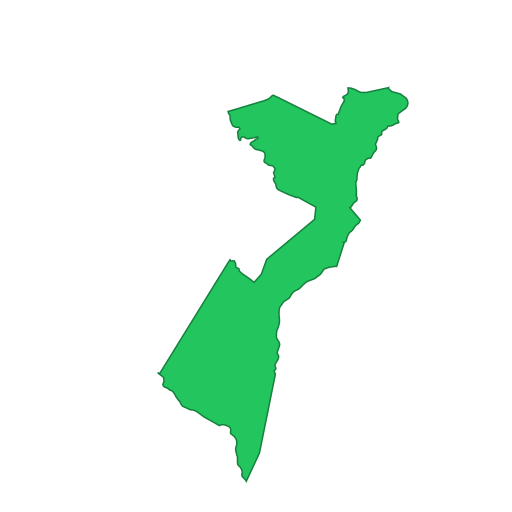 Bois Joli, Dennery, Saint Lucia, rotated 295°
{"feature_id": "8701671B16318499791123", "entity_name": "Bois Joli", "entity_type": "district", "adm_level": 2, "iso_a3": "LCA", "parent_name": "Saint Lucia", "parent_adm1": "Dennery", "projection": "natural_earth1", "projection_center": [-60.911, 13.922], "detail": "fine", "context": "isolated", "style": "filled", "palette": "green", "viewbox_px": 512, "rotation_deg": 295, "n_neighbors": 0, "source": "geoboundaries", "source_scale": "gbopen_adm2", "svg_char_len": 6070}
<svg xmlns="http://www.w3.org/2000/svg" viewBox="0 0 512 512"><g transform="rotate(295 256 256)"><path d="M463.9,318.4L462.4,309.6L464.0,304.5L464.3,304.6L450.8,286.8L448.5,281.7L448.5,280.0L448.7,275.1L448.3,271.2L447.2,268.3L443.5,270.5L441.2,270.3L439.3,269.2L437.5,267.7L436.2,267.7L436.0,269.2L433.5,270.7L433.0,270.3L427.0,269.9L423.0,270.3L419.1,270.5L418.5,269.4L417.0,269.2L412.0,270.7L410.1,272.5L407.5,269.0L407.6,265.7L409.0,209.3L409.0,203.6L408.1,202.9L407.2,202.5L405.2,201.8L404.1,201.2L402.9,200.3L400.0,197.6L397.6,194.8L393.9,190.7L389.8,186.0L387.1,183.1L385.6,181.3L381.2,176.5L375.2,169.6L374.6,170.2L374.1,170.5L373.8,170.7L373.5,171.1L373.1,171.9L373.0,172.3L372.4,172.9L371.6,173.5L371.2,173.6L370.6,173.9L369.9,174.4L369.3,174.7L367.7,175.8L366.2,177.6L365.0,178.8L364.7,179.2L364.4,179.8L364.0,180.7L364.0,181.5L364.3,183.6L364.8,184.8L365.2,185.6L365.3,186.1L365.3,186.3L364.8,187.4L364.5,187.7L364.1,187.7L362.4,187.1L361.4,186.9L361.1,186.9L360.6,187.0L359.3,187.7L358.4,188.3L357.1,189.1L356.7,189.3L355.2,190.3L354.8,190.6L354.5,191.1L354.1,192.0L354.0,192.7L354.3,193.0L354.6,193.0L356.0,192.5L356.8,192.5L357.6,192.8L358.3,193.4L358.8,194.8L358.5,196.4L358.5,197.8L359.0,199.5L364.6,207.2L364.5,207.4L364.2,207.7L363.7,208.0L363.1,207.9L362.8,207.8L362.5,207.4L362.1,206.8L361.7,206.5L359.5,205.5L359.1,205.3L358.6,204.8L357.1,203.8L356.4,203.5L355.3,203.4L354.9,203.5L354.7,203.6L354.4,203.9L354.3,204.4L354.5,205.1L354.5,205.4L353.8,206.4L352.9,208.4L352.6,210.1L352.6,211.4L353.2,213.4L353.8,217.7L353.7,218.2L353.6,219.0L353.2,220.0L352.7,220.7L352.3,221.1L351.9,221.3L350.9,221.6L350.0,222.3L349.4,222.5L348.8,222.6L347.5,222.7L346.8,222.8L346.2,222.9L345.2,223.3L344.8,223.7L344.5,224.3L344.4,224.8L344.4,225.8L344.5,226.2L344.4,226.6L343.8,228.1L343.7,228.6L343.9,230.1L344.2,231.0L344.7,232.7L344.7,233.4L344.6,233.8L343.7,235.3L343.5,235.8L343.5,236.1L342.1,236.7L338.8,236.7L335.6,240.0L333.8,239.0L331.7,240.2L329.7,243.4L327.5,244.9L326.1,246.3L325.4,248.8L325.4,259.3L326.1,268.1L327.0,269.2L325.6,289.6L314.0,293.6L282.1,278.6L257.6,267.1L241.7,268.5L231.3,265.4L231.5,264.4L232.1,262.3L232.8,258.9L234.1,251.1L235.3,247.2L237.2,246.0L237.3,242.6L237.9,242.1L240.4,240.8L242.4,238.5L241.8,237.0L241.0,235.7L241.0,234.2L241.6,234.0L241.5,233.9L109.0,218.4L108.7,216.2L108.3,217.5L107.3,222.0L106.8,223.5L104.8,225.0L102.5,225.7L100.3,225.8L99.2,226.8L98.7,228.1L98.7,230.1L98.8,231.6L98.2,233.8L98.1,235.6L98.3,236.7L98.0,237.9L97.2,239.3L96.4,240.9L95.4,242.0L94.5,243.2L93.4,245.1L92.3,247.1L91.7,248.9L90.8,249.7L89.7,251.1L88.9,252.8L88.8,254.4L88.9,256.2L88.9,258.7L88.8,260.8L89.2,262.5L89.9,264.3L90.0,266.3L89.9,268.3L89.4,271.1L88.8,273.8L88.4,275.7L88.1,277.9L86.8,294.5L88.3,295.8L89.1,297.3L89.6,298.4L89.9,301.4L89.9,304.0L89.2,305.5L87.4,306.8L85.3,307.4L84.3,308.2L83.9,309.7L83.2,312.8L81.3,315.7L78.8,317.5L77.1,318.2L73.3,318.8L71.7,319.5L69.2,321.3L67.6,322.6L66.1,324.1L61.1,326.4L59.2,327.7L58.7,328.8L58.0,330.9L56.4,333.2L54.7,334.6L53.6,335.1L51.9,335.5L51.1,336.0L50.1,337.1L49.5,339.0L48.8,340.6L48.3,341.6L47.7,342.4L78.9,342.4L157.1,323.5L159.4,321.1L159.7,321.0L159.8,321.0L161.6,321.7L161.9,321.7L162.1,321.7L162.5,321.5L163.1,321.0L164.5,319.6L165.0,319.4L165.6,319.2L166.8,319.1L167.3,319.1L169.4,319.5L170.4,319.5L170.6,319.6L172.2,319.6L173.2,319.4L174.3,319.1L175.1,318.6L175.6,318.0L176.1,317.2L176.9,316.3L177.2,316.2L178.2,315.9L179.4,315.7L182.0,315.5L184.5,315.2L185.9,314.8L186.6,314.3L187.3,313.7L187.7,313.2L189.0,311.3L190.2,309.6L191.0,308.8L191.8,308.4L195.2,307.0L196.2,306.7L197.3,306.4L197.8,306.4L200.5,306.3L202.4,306.0L204.6,305.6L206.2,305.1L207.1,304.7L208.0,304.3L209.8,303.3L211.9,302.0L212.9,301.5L215.1,300.5L216.6,299.9L218.3,299.4L219.1,299.3L219.6,299.3L220.0,299.2L220.4,299.2L222.1,299.7L225.5,300.2L226.1,300.4L227.0,300.8L229.9,302.7L231.0,303.4L232.1,303.9L235.8,304.4L236.7,304.4L238.5,304.9L239.2,305.1L240.1,305.6L240.4,305.8L240.7,306.0L242.2,307.1L243.6,308.4L244.5,308.9L246.1,309.6L248.1,310.3L249.6,310.8L252.8,312.2L254.0,312.9L256.0,314.5L257.1,315.7L259.5,318.0L260.6,318.9L261.4,319.4L262.7,320.0L265.6,321.6L266.7,322.1L267.4,322.3L267.7,322.3L269.8,322.7L271.0,322.9L272.5,323.2L273.0,323.4L273.7,324.0L274.3,324.6L275.6,325.9L276.8,327.3L277.5,328.2L278.3,329.5L279.9,331.8L280.5,333.1L280.6,333.5L305.0,330.4L305.3,329.6L305.7,330.4L307.3,331.3L308.6,331.3L310.0,330.8L313.4,330.5L317.0,330.8L317.9,331.6L320.5,332.6L324.6,333.2L326.5,333.8L329.1,335.2L332.6,335.5L339.4,320.7L340.0,321.2L341.0,321.5L343.0,321.8L345.0,322.0L346.1,322.4L347.6,323.4L348.6,323.8L349.6,323.8L350.6,323.5L351.6,322.9L353.9,320.5L354.2,320.8L354.5,321.0L355.2,320.5L357.8,319.4L362.5,316.6L364.0,315.8L364.8,315.5L365.5,315.3L365.9,315.2L367.5,315.3L367.9,315.2L368.2,315.1L369.7,314.3L371.5,313.7L373.9,312.9L374.2,312.8L375.0,312.7L378.2,312.4L379.4,312.4L380.6,312.8L382.2,312.8L383.0,313.1L383.2,313.4L383.2,313.9L383.3,314.3L383.6,314.6L384.7,315.0L385.9,315.2L388.6,314.6L389.0,314.6L389.3,314.7L391.1,315.8L391.8,316.2L392.1,316.5L392.7,317.7L393.1,318.4L393.5,318.6L393.9,318.8L394.7,318.8L396.3,318.7L399.2,319.0L400.0,319.2L401.2,319.6L402.0,319.8L402.7,320.0L403.1,320.1L403.9,320.0L404.2,319.9L405.0,319.6L405.9,318.8L407.1,317.6L407.8,317.2L408.2,317.0L408.6,316.9L409.3,316.9L410.5,317.1L411.0,317.1L412.1,316.8L412.9,316.9L413.3,316.9L414.8,316.3L415.5,316.2L415.9,316.3L416.2,316.5L418.6,318.2L419.0,318.5L419.4,318.5L420.5,318.0L421.2,317.6L421.5,317.5L421.9,317.4L422.3,317.5L422.7,317.7L425.8,319.9L426.5,320.3L427.2,320.6L428.0,320.6L429.1,320.6L429.5,320.8L429.8,321.0L430.0,321.4L430.0,321.8L431.2,323.6L431.8,324.3L432.4,324.8L435.2,326.7L435.4,327.0L436.2,328.1L436.5,328.4L437.2,328.7L437.3,329.0L437.5,329.0L437.6,328.9L439.9,326.4L441.0,325.9L442.2,325.6L443.3,325.1L444.4,324.8L445.0,324.8L445.7,325.1L446.7,325.7L448.6,326.6L451.7,328.5L453.6,329.4L454.4,329.5L454.8,329.6L456.7,329.6L457.3,329.5L458.5,329.2L460.3,328.1L460.9,327.5L462.0,326.2L462.4,325.7L463.9,318.4Z" fill="#22c55e" stroke="#15803d" stroke-width="1.5"/></g></svg>